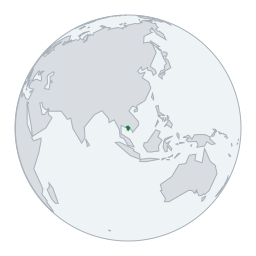 the Earth from above Kaôh Kong, rotated 347°
{"feature_id": "KHM-1779", "entity_name": "Kaôh Kong", "entity_type": "Province", "adm_level": 1, "iso_a3": "KHM", "parent_name": "Cambodia", "parent_adm1": "", "projection": "orthographic", "projection_center": [103.349, 11.344], "detail": "fine", "context": "on_globe", "style": "filled", "palette": "green", "viewbox_px": 256, "rotation_deg": 347, "n_neighbors": 0, "source": "natural_earth", "source_scale": "10m", "svg_char_len": 9845}
<svg xmlns="http://www.w3.org/2000/svg" viewBox="0 0 256 256"><g transform="rotate(347 128 128)"><circle cx="128" cy="128" r="113" fill="#eef3f6" stroke="#a8b0b8"/><path d="M233.3,163.5L233.1,164.2L233.1,164.4L233.3,163.5ZM179.5,27.8L183.8,30.3L180.0,28.2L190.4,34.7L193.5,37.8L187.7,32.9L185.3,31.5L186.4,32.7L184.2,31.6L183.4,31.6L180.7,30.3L177.5,27.9L175.7,27.1L176.6,28.1L174.4,27.6L173.4,26.2L169.5,25.4L163.5,22.1L163.1,21.0L161.7,20.5L170.8,23.8L179.5,27.8ZM187.3,32.4L186.4,31.8L188.0,32.8L187.3,32.4ZM183.8,31.9L184.7,32.5L184.0,32.3L183.8,31.9ZM179.1,30.1L177.6,29.8L178.6,29.7L179.1,30.1ZM176.3,29.3L172.6,28.9L174.4,30.1L167.3,26.8L172.8,28.0L173.8,27.6L174.6,28.5L176.3,29.3ZM164.1,25.2L162.7,24.8L163.5,24.8L164.1,25.2ZM151.7,17.9L151.3,17.8L150.8,17.7L149.9,17.5L151.7,17.9ZM146.7,16.9L146.9,17.0L144.5,16.6L143.9,16.5L146.7,16.9ZM142.7,16.3L142.0,16.2L142.7,16.3ZM143.3,16.5L147.4,17.1L147.5,17.1L143.3,16.5ZM140.8,16.1L142.2,16.3L142.4,16.3L140.8,16.1ZM136.4,15.7L136.1,15.7L135.3,15.6L136.3,15.7L136.4,15.7ZM138.2,15.9L137.2,15.7L138.8,15.9L138.2,15.9ZM140.7,16.1L141.3,16.2L140.1,16.1L140.7,16.1ZM133.7,15.5L134.6,15.6L132.6,15.6L131.3,15.4L133.4,15.5L133.7,15.5ZM38.6,59.5L38.7,59.8L38.0,61.0L34.5,65.6L31.2,74.2L34.3,70.8L34.9,76.4L37.5,77.8L44.7,69.0L40.4,66.4L43.2,61.6L49.4,59.7L53.7,62.6L54.9,60.9L55.2,55.8L59.2,53.4L55.6,53.8L54.8,55.9L52.6,56.3L53.2,54.6L54.6,53.7L54.1,52.3L47.6,57.3L46.1,59.9L43.2,59.4L40.4,63.8L38.5,65.3L42.5,58.4L44.4,56.3L49.4,48.9L47.1,50.9L42.3,58.3L42.4,57.4L39.3,60.9L41.8,57.6L47.7,49.5L47.0,49.7L46.6,50.2L57.6,40.1L57.4,40.3L61.1,37.7L61.3,38.0L67.0,34.3L67.9,34.0L64.3,36.2L61.9,38.1L62.9,39.6L64.3,39.1L68.0,36.7L67.8,37.6L71.2,35.1L73.8,35.3L73.4,33.2L77.7,30.9L81.6,29.8L83.0,28.8L76.6,30.6L74.1,31.8L72.1,33.3L65.2,36.9L64.0,37.0L70.9,32.3L69.8,32.2L75.6,29.0L89.3,25.1L92.9,25.3L89.8,29.9L86.5,30.9L86.0,29.6L82.5,32.8L84.7,31.6L84.5,32.5L88.6,31.0L88.7,31.6L92.4,29.3L93.0,29.9L90.6,31.4L97.0,30.2L99.4,31.4L100.8,30.8L101.6,29.9L104.0,32.3L104.9,31.8L104.5,30.8L106.1,29.3L109.9,27.8L110.5,28.7L109.2,29.3L107.5,32.4L104.0,34.4L104.6,34.7L107.8,33.2L109.9,29.4L112.0,28.2L111.5,29.9L111.8,29.2L113.1,28.9L114.9,29.6L115.7,27.8L128.4,24.8L133.2,26.2L131.2,27.7L140.8,27.8L145.4,30.2L145.0,29.1L149.3,28.9L147.9,28.1L148.0,27.7L158.5,27.8L161.4,28.8L165.5,28.4L165.3,27.9L163.3,27.1L167.3,26.8L174.4,30.1L174.4,30.8L178.8,32.7L178.4,34.3L180.0,36.8L177.1,38.0L178.6,40.2L180.2,40.7L183.4,44.3L184.9,50.5L177.0,43.0L173.5,34.9L174.3,37.8L172.1,36.6L171.2,37.3L172.0,39.6L173.3,40.2L164.3,42.2L162.3,48.7L167.3,48.9L170.5,51.4L172.5,60.7L163.5,72.9L167.7,77.8L168.0,80.9L164.5,82.4L163.9,77.9L160.3,76.1L160.5,73.5L154.7,75.1L154.7,71.5L150.1,74.8L152.0,77.8L157.1,77.5L153.2,82.3L158.5,87.9L159.2,94.3L150.6,105.2L141.6,108.2L141.0,110.2L137.4,107.6L132.7,111.5L139.4,123.8L139.2,127.3L131.5,133.4L131.3,130.8L121.8,123.9L120.0,132.1L127.2,139.4L129.7,147.7L124.2,144.8L121.6,137.5L118.3,134.9L119.2,127.7L116.4,116.9L110.8,118.5L111.2,114.3L106.5,105.3L98.5,107.3L85.6,117.4L83.8,128.1L79.4,132.4L74.2,116.1L74.4,105.5L70.9,106.0L66.8,96.6L55.1,93.9L54.9,91.1L52.3,91.9L49.7,88.5L50.0,84.0L47.7,83.7L47.4,95.6L50.0,96.0L54.2,92.4L53.5,96.6L56.2,100.9L48.0,109.4L32.9,114.7L34.0,106.5L35.4,83.1L36.7,81.0L36.8,80.7L37.0,80.2L34.6,83.6L35.7,79.3L32.2,94.8L30.6,101.3L32.7,115.1L31.9,116.2L33.3,119.3L40.9,118.3L40.4,120.9L35.3,132.4L27.0,146.6L29.5,158.6L31.4,168.2L29.3,173.0L32.8,180.7L32.2,182.5L34.3,186.7L35.7,190.6L36.7,193.6L35.6,192.4L31.3,185.8L27.5,178.9L24.2,171.7L21.4,164.3L19.1,156.8L17.3,149.1L16.1,141.2L15.5,133.4L15.4,125.5L15.8,117.6L16.8,109.7L18.4,102.0L20.5,94.4L23.1,86.9L26.3,79.7L29.9,72.7L34.0,65.9L38.6,59.5ZM55.6,70.9L59.8,72.7L62.3,66.4L64.2,66.7L64.4,64.6L62.5,66.0L63.6,60.4L67.0,59.5L68.7,57.1L67.4,56.4L61.0,59.1L59.4,66.8L56.6,68.8L55.6,70.9ZM71.4,30.6L71.7,30.5L70.3,31.2L69.9,31.5L67.6,33.0L61.2,37.4L59.1,39.0L59.3,38.8L71.4,30.6ZM125.6,15.4L124.1,15.4L125.1,15.4L123.6,15.7L119.3,16.0L120.8,16.0L119.7,16.4L116.2,16.9L117.2,16.4L112.6,17.4L112.0,17.1L111.5,17.2L109.6,17.3L106.4,17.8L106.7,17.6L105.4,17.9L104.1,18.1L102.3,18.4L102.1,18.4L100.0,18.9L101.1,18.6L98.3,19.3L107.3,17.3L116.4,16.0L125.6,15.4ZM132.3,15.4L131.1,15.4L131.4,15.5L129.7,15.4L132.1,15.6L127.1,15.7L124.3,15.7L128.1,15.4L127.6,15.4L132.3,15.4ZM39.4,59.6L39.3,60.1L39.6,60.3L37.6,62.7L39.4,59.6ZM43.3,54.1L43.5,54.0L40.9,57.1L41.0,56.8L43.3,54.1ZM45.8,51.5L43.7,53.8L44.9,52.4L45.8,51.5ZM64.7,36.1L65.2,36.1L64.4,36.7L63.1,37.5L64.7,36.1ZM102.4,20.8L103.4,20.3L104.1,20.2L107.8,19.2L108.6,19.5L106.6,20.2L102.4,20.8ZM42.7,70.1L40.6,71.5L40.8,70.4L41.5,70.1L42.7,70.1ZM38.0,66.8L38.0,68.7L37.5,67.4L38.0,66.8ZM103.8,21.0L105.3,20.5L104.8,21.0L103.8,21.0ZM109.3,19.7L109.1,20.1L109.1,19.4L109.3,19.7ZM85.9,223.0L88.3,224.2L86.7,224.1L85.9,223.0ZM41.3,169.9L43.1,185.7L40.2,184.9L37.5,179.7L35.4,169.8L38.0,167.9L38.7,163.7L41.3,169.9ZM157.9,167.4L161.2,167.9L161.1,168.4L157.9,167.4ZM154.5,165.5L158.3,165.8L153.8,166.6L154.5,165.5ZM159.8,165.9L163.6,165.0L165.3,164.2L165.0,165.3L159.8,165.9ZM151.8,165.5L137.6,164.8L131.9,163.2L133.3,161.4L142.4,162.3L151.8,165.5ZM132.8,161.3L124.2,155.5L112.3,139.3L116.5,139.8L129.0,150.0L128.2,151.5L133.4,156.0L132.8,161.3ZM153.7,152.4L152.9,157.3L145.0,156.6L141.5,155.6L139.0,149.2L140.4,146.1L143.3,146.4L154.6,136.0L158.6,138.8L155.1,143.2L158.4,147.6L153.7,152.4ZM84.3,129.2L86.6,136.0L84.2,136.8L84.3,129.2ZM159.2,128.7L154.6,133.2L158.7,127.1L159.2,128.7ZM161.5,122.9L161.9,125.3L160.0,122.9L161.5,122.9ZM141.0,113.5L137.9,113.9L137.8,112.2L141.7,110.7L141.0,113.5ZM159.7,99.8L159.8,104.7L159.2,106.3L157.8,103.3L159.7,99.8ZM112.6,25.0L106.5,25.9L102.7,27.2L101.3,28.9L100.6,27.2L106.5,25.1L112.6,25.0ZM126.4,24.6L127.5,23.6L128.8,24.0L128.7,24.3L126.4,24.6ZM125.9,24.0L124.0,22.8L125.8,22.2L126.9,23.2L125.9,24.0ZM113.7,21.2L111.8,21.4L112.3,20.9L113.7,21.2ZM207.3,206.5L207.4,207.0L204.2,210.0L200.3,213.3L197.6,214.6L207.3,206.5ZM183.4,215.9L184.5,212.6L188.2,212.1L185.6,215.1L183.4,215.9ZM209.9,204.0L212.8,200.7L215.1,196.8L213.3,200.2L214.2,200.0L207.9,206.6L209.9,204.0ZM173.1,202.4L151.4,209.0L146.9,208.0L148.6,205.2L145.5,196.2L147.1,196.4L146.8,190.4L159.9,185.1L169.5,175.0L176.2,175.7L181.6,168.3L188.3,168.8L185.9,174.7L192.4,178.5L197.9,165.3L200.7,179.2L204.6,184.0L204.4,192.5L193.0,207.2L187.6,210.1L187.1,208.9L184.7,210.4L181.8,209.9L181.1,205.4L178.7,206.8L181.5,203.3L177.8,206.5L176.8,203.5L173.1,202.4ZM220.2,176.2L220.9,176.5L221.6,178.7L220.5,178.4L220.2,176.2ZM231.5,166.7L231.5,167.8L230.9,168.2L231.5,166.7ZM233.1,164.4L232.4,165.0L233.3,163.5L233.1,164.4ZM225.3,167.6L225.5,168.5L225.2,168.8L225.3,167.6ZM225.0,167.4L225.6,165.9L225.4,167.3L225.0,167.4ZM222.2,160.2L222.7,159.4L222.9,159.9L222.2,160.2ZM166.1,168.1L170.8,164.4L173.3,164.2L166.1,168.1ZM221.6,158.7L220.4,158.6L220.6,157.9L221.6,158.7ZM221.8,156.9L221.7,155.8L222.3,158.3L221.8,156.9ZM219.5,154.7L221.0,156.5L219.3,154.9L219.5,154.7ZM218.6,155.0L217.5,154.2L217.6,153.9L218.6,155.0ZM205.2,156.9L209.4,163.0L205.8,163.0L201.8,159.1L198.4,162.8L190.7,162.3L192.6,160.0L191.6,156.5L183.6,155.1L181.9,152.9L184.9,151.4L179.4,149.5L185.4,148.6L187.8,153.2L191.1,149.6L196.7,150.5L202.1,152.1L206.2,155.5L205.2,156.9ZM185.3,158.7L186.3,158.8L185.4,160.1L185.3,158.7ZM215.4,151.7L217.0,153.9L216.8,154.5L216.0,154.2L215.4,151.7ZM207.2,154.7L211.7,150.8L212.8,150.8L209.7,155.2L207.2,154.7ZM210.7,148.3L212.7,148.8L213.8,150.9L213.3,151.5L210.7,148.3ZM173.1,154.3L172.9,155.6L171.3,154.5L173.1,154.3ZM175.2,153.6L179.9,155.0L174.7,154.7L175.2,153.6ZM160.6,148.7L162.0,151.8L166.5,150.0L163.1,152.7L166.1,157.8L165.0,159.7L162.1,154.2L160.9,159.7L158.9,159.6L157.9,154.7L159.9,148.9L161.9,146.6L170.0,145.8L160.6,148.7ZM175.2,149.9L173.9,146.3L174.8,143.9L176.2,145.8L175.2,149.9ZM170.1,137.7L166.6,133.5L163.6,135.0L169.7,129.5L172.0,134.4L170.1,137.7ZM167.1,128.7L164.2,130.0L167.1,126.8L167.1,128.7ZM163.4,128.6L163.0,125.8L165.3,126.2L163.4,128.6ZM168.6,128.9L169.0,124.1L170.2,126.9L168.6,128.9ZM161.9,119.5L166.9,124.3L160.5,122.1L159.9,113.0L162.6,112.9L161.9,119.5ZM174.9,84.5L174.1,82.1L176.4,81.7L176.3,83.4L174.9,84.5ZM183.3,78.9L176.8,80.8L171.4,82.7L173.2,83.9L172.3,87.9L169.4,84.0L172.9,79.7L177.0,79.1L177.3,75.8L180.1,73.7L178.9,69.7L180.1,68.1L182.4,71.7L183.3,78.9ZM178.3,68.0L177.2,61.3L181.8,62.5L183.1,64.3L181.6,66.8L179.3,65.9L178.3,68.0ZM178.3,60.1L176.1,59.3L169.8,49.8L169.6,48.2L176.8,55.6L175.0,55.4L175.8,57.6L178.3,60.1ZM163.3,25.3L162.7,24.9L164.0,25.4L163.3,25.3ZM147.2,27.3L147.6,26.7L149.0,27.2L147.2,27.3ZM149.5,25.5L147.6,25.4L149.3,25.1L149.5,25.5ZM143.4,25.3L146.7,25.2L143.9,25.9L143.4,25.3Z" fill="#d9dde1" stroke="#a8b0b8" stroke-width="1"/><path d="M127.2,127.4L127.2,127.2L126.9,126.8L126.9,126.7L127.3,126.7L127.5,126.7L127.9,126.7L128.0,126.6L128.1,126.4L128.3,126.4L128.3,126.5L128.5,126.6L128.8,126.8L129.0,126.9L128.9,126.9L128.8,127.0L128.9,127.3L129.0,127.4L129.1,127.5L129.3,127.6L129.4,127.8L129.5,127.9L129.5,128.0L129.4,128.0L129.5,128.2L129.5,128.4L129.4,128.4L129.4,128.5L129.2,128.6L129.0,128.8L128.9,128.9L128.8,129.0L128.7,129.2L128.7,128.9L128.6,128.7L128.5,128.4L128.4,128.4L128.2,128.4L128.2,128.5L128.1,128.8L127.9,128.8L127.7,128.9L127.8,128.9L127.7,128.9L127.5,128.7L127.6,128.4L127.5,128.2L127.4,128.2L127.5,128.2L127.5,127.9L127.6,127.7L127.6,127.8L127.5,127.7L127.4,127.6L127.2,127.6L127.3,127.6L127.3,127.4L127.5,127.3L127.5,127.2L127.5,127.3L127.4,127.3L127.4,127.2L127.3,127.3L127.3,127.2L127.2,127.2L127.3,127.3L127.2,127.4L127.3,127.5L127.2,127.6L127.2,127.4L127.2,127.4ZM127.4,128.0L127.3,127.9L127.4,128.0ZM127.9,129.2L127.9,129.3L127.8,129.2L127.7,129.2L127.8,129.1L127.9,129.2ZM127.4,127.7L127.4,127.8L127.4,127.7L127.4,127.7ZM128.0,129.5L127.9,129.6L127.9,129.4L127.9,129.5L128.0,129.5L128.0,129.5Z" fill="#22c55e" stroke="#15803d" stroke-width="1.5"/></g></svg>